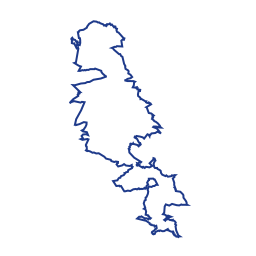 Huaquechula, Puebla, Mexico (Robinson projection), rotated 284°
{"feature_id": "50627088B22944090632500", "entity_name": "Huaquechula", "entity_type": "district", "adm_level": 2, "iso_a3": "MEX", "parent_name": "Mexico", "parent_adm1": "Puebla", "projection": "robinson", "projection_center": [-98.531, 18.757], "detail": "fine", "context": "isolated", "style": "outline", "palette": "blue", "viewbox_px": 256, "rotation_deg": 284, "n_neighbors": 0, "source": "geoboundaries", "source_scale": "gbopen_adm2", "svg_char_len": 5781}
<svg xmlns="http://www.w3.org/2000/svg" viewBox="0 0 256 256"><g transform="rotate(284 128 128)"><path d="M32.1,176.5L31.6,178.0L31.1,177.9L31.0,178.4L31.7,179.6L33.9,179.9L35.8,182.4L35.6,183.3L36.4,183.9L36.2,186.4L36.7,188.0L39.4,190.9L38.6,191.2L39.0,191.8L38.2,192.8L37.9,195.3L38.5,196.8L37.4,197.7L36.8,197.2L35.6,198.3L35.9,199.1L35.0,199.4L35.1,200.3L34.3,201.1L34.6,202.1L34.4,203.3L35.1,203.5L35.4,204.5L36.0,202.8L40.2,199.6L44.1,197.9L45.4,198.2L46.1,197.0L47.8,197.2L48.7,196.1L49.3,194.5L49.1,193.9L49.7,193.7L49.0,192.8L49.3,192.1L48.8,191.2L49.5,189.0L48.4,187.5L48.6,187.0L47.1,186.6L47.6,185.4L49.9,187.2L50.6,187.0L51.3,189.6L52.3,191.2L52.7,188.2L52.1,186.8L52.9,184.5L52.8,182.8L54.7,183.6L60.7,182.6L63.0,183.2L62.7,186.8L65.0,189.1L64.9,194.0L65.3,196.5L66.7,198.2L66.5,198.8L67.8,204.2L68.0,203.5L70.0,202.8L71.3,201.7L73.8,198.7L76.2,198.0L77.0,197.2L78.8,194.2L78.4,189.7L79.8,189.3L79.8,188.8L80.5,188.8L81.2,187.9L81.3,188.3L83.9,186.6L86.1,186.1L89.8,183.7L91.7,184.9L92.5,184.4L93.7,185.3L93.5,184.3L92.8,184.0L92.7,182.1L91.9,182.0L90.4,178.5L91.3,176.7L90.4,176.0L91.0,172.5L92.4,170.9L94.3,170.1L94.8,169.2L95.5,166.4L96.3,165.9L95.7,163.9L96.2,163.1L99.3,161.5L102.2,161.9L103.0,162.5L104.8,161.2L104.9,160.0L103.5,160.2L99.0,157.5L97.0,160.6L95.0,158.4L94.7,154.9L93.3,153.9L94.1,152.4L93.8,151.6L93.1,151.6L93.2,151.2L94.3,147.5L94.8,147.7L94.6,146.1L93.8,146.1L93.8,145.6L94.4,145.4L94.6,145.8L95.5,145.8L96.1,145.4L96.1,146.5L96.9,146.9L97.3,148.5L98.2,149.0L100.7,141.2L104.5,135.3L107.1,134.3L107.4,134.6L108.0,133.7L109.4,134.5L110.1,133.8L112.0,134.8L112.9,134.0L113.4,134.2L113.6,136.5L114.3,136.7L113.9,137.0L113.8,141.0L112.9,142.7L114.2,143.0L114.0,143.6L115.1,144.3L116.4,143.4L116.4,142.5L117.3,141.4L119.5,139.6L120.4,136.7L121.3,136.7L121.4,138.1L122.3,138.2L122.6,141.7L122.5,144.6L121.6,146.2L126.6,148.4L126.4,149.7L125.2,150.9L126.6,150.8L126.6,151.3L128.4,152.1L129.7,155.6L131.6,157.5L130.7,161.3L134.5,156.1L135.0,152.2L135.5,152.4L135.3,153.6L136.0,153.9L135.3,155.1L136.1,155.5L135.5,156.5L136.4,156.9L136.0,157.9L136.4,160.0L136.8,159.1L137.9,158.4L139.7,155.9L140.8,153.4L141.0,151.8L141.6,151.3L142.6,149.1L144.0,149.7L144.3,149.1L145.5,149.6L145.7,149.1L146.4,149.9L147.7,147.1L147.6,144.5L152.5,141.2L152.6,140.7L156.2,144.3L156.3,143.8L157.2,144.0L157.8,142.1L157.1,142.0L157.0,140.2L157.3,139.3L158.3,139.3L158.1,138.5L159.4,134.1L159.0,133.1L160.4,132.6L161.5,130.1L163.1,129.5L166.6,129.3L166.8,130.7L168.0,130.6L167.8,127.8L168.9,127.7L168.7,126.7L169.7,126.6L168.9,125.1L168.6,122.8L170.9,123.3L173.7,122.9L174.6,123.6L174.8,122.0L173.4,116.0L173.4,113.1L174.2,114.6L175.5,115.6L177.0,118.5L178.5,119.7L180.3,117.5L181.0,115.1L183.2,114.9L183.9,114.2L184.8,111.3L186.7,110.4L187.4,110.5L189.3,108.7L195.7,105.4L196.3,103.8L197.8,102.6L197.5,101.5L200.3,95.9L201.8,93.8L201.8,93.0L203.5,95.3L203.8,96.7L204.7,97.4L205.7,102.7L211.1,100.4L212.5,101.3L212.6,102.7L214.1,102.8L214.2,101.8L218.3,95.8L218.6,94.1L220.0,93.2L221.6,93.3L221.7,92.0L223.4,91.2L223.3,90.3L222.5,89.9L224.5,87.3L223.8,86.5L225.0,85.1L224.0,84.3L223.7,82.5L222.5,82.0L222.1,82.5L221.6,82.2L222.3,80.8L221.6,80.0L222.6,78.8L222.9,75.8L223.5,74.4L223.1,73.4L223.6,71.8L223.2,68.7L219.7,65.1L216.5,63.8L215.4,63.8L212.5,61.0L211.2,57.8L210.0,56.9L209.1,56.9L208.8,56.2L203.4,58.6L203.5,59.6L201.9,60.3L200.0,60.8L199.5,60.5L199.0,61.1L196.7,61.1L196.6,59.5L195.8,59.6L195.6,59.0L196.3,58.3L198.1,58.8L199.7,58.1L199.7,57.7L198.9,57.2L200.6,55.5L200.9,53.3L202.1,52.1L201.1,51.5L200.6,51.5L199.2,52.8L198.9,52.5L196.8,53.0L196.7,55.1L197.0,55.4L192.8,59.0L193.7,60.2L193.2,60.6L179.0,61.6L178.1,60.2L176.5,65.2L176.3,67.5L171.5,66.3L171.8,67.7L173.1,69.7L173.2,71.2L173.8,72.0L173.7,73.0L174.4,73.8L174.8,75.6L176.0,77.1L177.0,81.3L177.7,81.7L177.0,88.2L175.9,88.7L174.7,90.1L172.8,93.8L172.9,94.8L169.4,89.6L166.5,82.9L163.4,79.6L162.7,77.3L161.2,75.6L159.8,71.6L156.7,66.2L156.3,64.2L151.4,72.7L151.2,71.6L150.0,72.5L149.6,71.3L148.6,71.9L148.1,71.2L147.0,71.9L142.9,68.0L139.1,65.8L137.9,65.6L139.2,66.4L141.0,69.2L141.2,75.9L142.2,76.9L142.5,79.6L133.7,78.2L124.0,75.6L118.3,75.7L118.6,76.7L118.3,76.9L120.1,80.1L123.0,83.7L123.3,86.5L121.3,86.9L118.9,86.5L115.7,85.3L114.4,83.8L113.8,85.2L114.0,89.1L111.5,90.9L111.8,88.8L110.9,86.0L109.0,84.9L107.1,86.8L105.8,84.9L105.5,86.7L107.5,91.2L107.4,92.4L101.3,91.2L100.1,91.8L100.0,92.4L97.4,93.2L96.1,92.6L95.7,94.0L96.2,94.9L96.1,97.1L95.4,99.5L96.0,100.9L95.6,103.3L96.4,105.7L94.4,112.0L93.0,114.1L93.0,119.0L91.9,119.8L91.7,122.9L92.5,124.2L92.7,126.5L91.6,126.7L91.3,126.1L89.9,125.7L88.3,127.8L90.3,131.4L92.0,132.9L91.1,135.1L91.6,139.0L93.0,140.6L91.1,141.2L91.2,141.8L90.0,141.6L87.2,138.4L85.4,138.5L84.6,136.8L83.5,136.3L83.4,135.5L82.4,135.8L81.3,135.3L79.5,132.8L77.9,132.6L77.6,131.6L76.7,131.0L74.7,130.4L72.9,126.4L68.9,130.7L69.9,133.6L69.4,134.1L70.0,135.3L66.7,138.6L65.7,139.7L65.8,140.4L67.2,143.0L67.4,145.5L69.8,148.0L70.8,150.4L70.6,151.6L71.9,152.8L71.5,153.5L71.9,153.8L71.6,154.4L72.2,155.5L72.1,156.2L73.0,158.1L73.8,158.4L73.3,159.3L74.8,160.0L76.2,160.0L78.2,161.1L79.5,159.8L82.0,160.4L82.5,161.0L83.8,160.5L85.0,164.7L84.4,165.5L84.6,166.2L84.3,166.6L80.0,170.4L79.5,168.7L78.2,167.8L77.7,166.3L76.5,165.1L76.3,162.3L74.0,162.1L74.0,161.2L71.3,163.0L68.9,163.2L65.7,162.7L64.7,161.9L62.5,162.6L61.7,161.7L58.7,161.5L54.8,164.0L53.5,163.0L53.3,164.6L51.3,165.8L48.1,166.1L48.1,168.7L47.4,169.0L47.2,170.0L46.3,170.5L46.0,171.9L45.3,171.5L45.7,170.4L44.3,170.0L44.8,168.5L44.7,167.1L44.2,166.5L45.5,162.4L44.9,161.9L44.6,160.3L42.3,158.8L42.3,168.2L40.8,172.2L40.1,172.3L39.6,173.5L40.0,174.2L39.5,174.7L39.8,177.1L38.8,177.7L39.9,179.1L37.8,180.1L37.1,179.9L36.6,178.9L34.9,178.3L33.1,176.5L32.1,176.5Z" fill="none" stroke="#1e3a8a" stroke-width="2"/></g></svg>